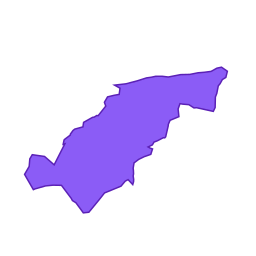 Mkpat Enin, Akwa Ibom, Nigeria (Albers equal-area conic projection), rotated 46°
{"feature_id": "59680162B9896757167153", "entity_name": "Mkpat Enin", "entity_type": "district", "adm_level": 2, "iso_a3": "NGA", "parent_name": "Nigeria", "parent_adm1": "Akwa Ibom", "projection": "albers", "projection_center": [7.765, 4.712], "detail": "fine", "context": "isolated", "style": "filled", "palette": "violet", "viewbox_px": 256, "rotation_deg": 46, "n_neighbors": 0, "source": "geoboundaries", "source_scale": "gbopen_adm2", "svg_char_len": 1319}
<svg xmlns="http://www.w3.org/2000/svg" viewBox="0 0 256 256"><g transform="rotate(46 128 128)"><path d="M158.0,219.1L161.4,214.7L159.6,199.0L158.4,190.0L165.0,173.4L164.3,166.9L165.2,163.8L172.0,163.9L170.5,161.3L168.9,159.6L166.1,157.6L164.9,155.9L162.2,153.5L160.5,152.2L157.3,147.9L158.0,142.1L160.0,135.9L160.4,135.2L162.8,129.9L160.1,124.9L157.7,126.1L155.6,126.7L157.1,122.2L156.2,119.1L157.6,115.8L159.5,109.4L160.6,108.4L160.5,107.0L154.4,97.6L153.4,96.5L151.7,92.4L155.2,83.5L149.2,78.8L149.1,78.7L146.6,73.7L148.8,72.1L153.5,68.0L159.4,66.6L161.0,64.6L175.3,55.1L173.8,51.1L166.4,43.6L164.8,40.1L160.4,33.8L160.1,31.0L158.7,26.5L159.6,22.5L156.2,17.1L149.2,18.5L146.7,22.5L145.0,28.9L141.0,34.3L136.9,39.3L132.4,46.3L126.2,53.0L119.3,63.6L114.5,67.5L110.0,72.2L107.7,75.9L104.8,79.9L100.5,88.6L94.7,98.9L87.8,107.9L93.8,106.1L97.7,111.0L94.8,115.3L91.4,121.1L93.1,127.1L96.8,128.8L98.4,140.9L97.3,141.8L96.7,144.7L95.7,146.1L93.1,156.0L95.9,159.7L95.4,160.5L91.8,167.1L91.6,169.3L92.4,173.8L93.0,174.4L92.1,181.9L92.4,182.6L94.7,186.0L95.5,184.4L103.2,206.7L90.5,207.8L80.7,215.4L82.0,220.1L87.0,225.8L89.5,234.6L92.6,235.4L106.6,238.9L107.2,237.2L112.4,227.5L117.0,221.7L123.0,215.7L139.1,217.7L141.6,218.4L145.6,217.4L157.4,219.0L158.0,219.1Z" fill="#8b5cf6" stroke="#5b21b6" stroke-width="1.5"/></g></svg>